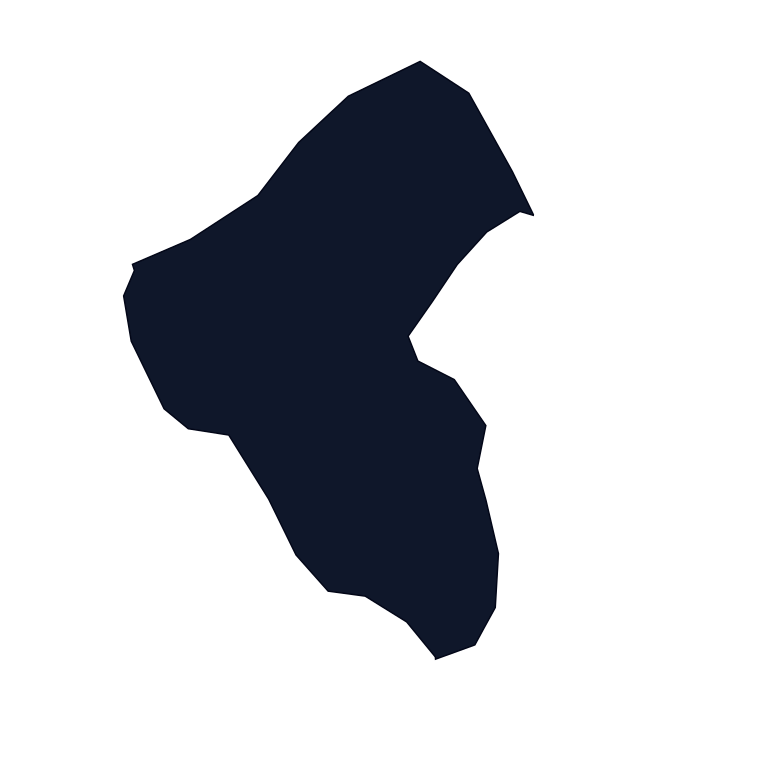 the district of Mölndal, Västra Götaland, Sweden, rotated 64°
{"feature_id": "70781695B68601782286735", "entity_name": "Mölndal", "entity_type": "district", "adm_level": 2, "iso_a3": "SWE", "parent_name": "Sweden", "parent_adm1": "Västra Götaland", "projection": "orthographic", "projection_center": [12.149, 57.629], "detail": "fine", "context": "isolated", "style": "filled", "palette": "ink", "viewbox_px": 768, "rotation_deg": 64, "n_neighbors": 0, "source": "geoboundaries", "source_scale": "gbopen_adm2", "svg_char_len": 626}
<svg xmlns="http://www.w3.org/2000/svg" viewBox="0 0 768 768"><g transform="rotate(64 384 384)"><path d="M653.9,458.3L658.3,416.7L647.3,401.3L633.7,382.0L586.6,355.5L533.5,343.4L500.8,337.3L466.0,310.7L410.9,318.9L378.2,343.5L351.6,341.4L331.2,304.6L308.7,265.8L292.4,225.0L288.4,186.2L297.8,175.9L297.2,175.5L249.5,175.5L159.8,180.3L109.9,210.1L109.7,289.9L129.5,354.8L159.3,414.7L169.2,494.6L166.2,557.6L172.6,558.6L190.7,579.4L234.7,592.4L309.9,592.5L338.4,579.5L361.8,545.9L436.9,538.1L499.1,538.0L545.7,525.0L566.4,493.9L607.8,467.9L651.8,457.5L653.9,458.3Z" fill="#0f172a" stroke="#020617" stroke-width="1.5"/></g></svg>